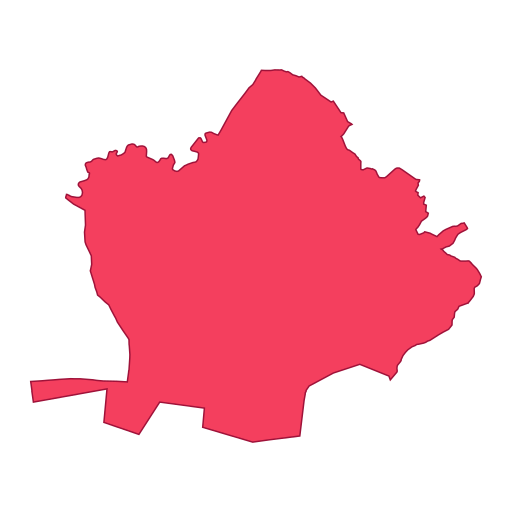 outline of Rites pag., Viesites, Latvia
{"feature_id": "27541924B10670366304681", "entity_name": "Rites pag.", "entity_type": "district", "adm_level": 2, "iso_a3": "LVA", "parent_name": "Latvia", "parent_adm1": "Viesites", "projection": "albers", "projection_center": [25.488, 56.197], "detail": "fine", "context": "isolated", "style": "filled", "palette": "rose", "viewbox_px": 512, "rotation_deg": 0, "n_neighbors": 0, "source": "geoboundaries", "source_scale": "gbopen_adm2", "svg_char_len": 5996}
<svg xmlns="http://www.w3.org/2000/svg" viewBox="0 0 512 512"><path d="M390.3,379.9L396.9,372.1L397.2,371.1L396.9,368.2L397.2,366.0L397.6,365.1L400.4,361.7L400.9,360.9L401.1,360.5L401.2,359.5L402.6,356.4L402.9,355.7L403.4,355.0L405.5,352.3L407.8,349.8L412.0,346.8L415.2,345.5L416.8,344.4L418.6,344.2L423.6,343.1L425.0,342.6L426.1,342.1L427.0,341.5L427.3,341.2L429.8,340.4L431.4,339.4L438.4,334.9L443.0,332.2L448.6,329.3L452.0,325.0L452.1,321.1L452.3,319.7L454.2,317.2L454.6,313.0L455.0,311.6L457.7,309.2L459.0,306.3L467.2,303.3L467.8,303.1L468.0,303.2L468.6,302.3L469.9,300.8L473.2,296.5L474.1,294.4L474.3,293.7L474.3,291.9L474.2,289.4L474.2,288.5L474.4,288.0L474.6,287.5L474.9,287.1L475.5,286.8L477.0,286.0L477.6,285.5L479.2,283.8L479.5,283.3L480.6,279.0L481.3,276.8L479.7,273.5L477.5,269.9L476.7,268.8L476.0,268.0L473.1,265.2L472.0,264.1L471.7,263.6L470.9,262.9L471.0,262.8L469.6,261.4L469.0,261.0L468.2,260.9L465.7,261.1L461.0,261.1L460.1,260.9L457.6,259.2L455.6,258.2L454.8,257.3L450.8,255.9L450.1,255.3L449.5,255.0L447.4,254.6L447.1,254.4L445.7,253.0L443.8,251.4L442.6,249.8L442.2,249.4L441.3,249.3L441.1,249.1L442.5,248.8L446.1,246.9L449.3,246.1L453.0,243.3L454.7,240.2L455.5,238.2L456.7,236.2L457.9,234.3L459.3,233.3L460.9,232.3L466.1,229.7L467.5,228.6L467.2,227.7L464.2,222.9L462.8,223.3L461.2,223.4L457.5,226.0L455.8,226.3L454.4,226.2L452.7,226.4L445.9,229.4L443.2,230.9L438.8,234.7L437.0,236.6L431.7,234.1L430.1,233.2L424.7,231.8L423.8,232.8L419.6,234.5L418.1,234.3L415.8,229.6L416.4,228.7L417.8,227.3L419.5,224.8L421.4,221.2L425.8,218.0L426.8,217.1L427.6,216.1L428.3,213.2L425.7,211.6L426.3,205.2L423.7,204.1L423.7,202.3L424.1,201.1L425.1,197.5L423.9,196.1L420.5,197.8L417.8,195.2L418.1,192.6L416.5,191.9L415.5,191.0L416.2,189.3L418.4,185.2L418.1,183.8L418.1,182.9L419.3,181.5L419.6,180.3L419.6,179.8L415.9,179.4L402.2,169.8L399.4,168.1L397.7,168.0L396.4,168.2L394.9,169.1L386.6,176.6L384.8,177.8L382.3,177.8L379.6,177.6L378.8,177.0L377.1,174.0L376.6,172.6L375.9,171.1L375.5,170.5L374.5,169.8L372.4,168.8L372.1,169.0L371.6,169.0L370.3,168.5L367.2,168.0L366.7,168.1L363.0,169.9L361.1,169.5L360.8,169.0L360.8,163.3L360.9,161.7L360.8,161.3L360.3,160.7L358.8,159.4L358.2,158.7L358.1,157.8L356.5,156.5L354.9,154.0L352.8,152.7L349.6,150.4L349.3,150.2L348.1,149.9L347.3,149.4L346.6,148.6L346.4,148.3L345.6,146.7L345.3,146.1L342.7,139.4L341.5,136.9L341.0,136.6L341.7,135.9L342.8,134.9L343.8,133.8L348.2,126.8L348.8,126.0L349.5,125.5L352.0,124.4L351.5,123.9L347.6,121.6L343.7,112.9L341.0,112.7L333.3,101.1L331.1,102.0L320.9,95.2L315.4,88.0L310.5,83.1L305.0,79.0L303.5,77.6L302.6,77.4L301.8,76.3L300.3,76.7L299.0,77.0L295.9,75.7L292.7,74.8L289.9,72.7L288.1,71.7L287.6,71.6L286.5,71.9L283.9,71.0L281.7,69.9L281.0,69.9L279.9,70.0L274.7,69.9L272.2,70.3L270.4,70.5L265.4,70.5L261.4,70.3L260.6,71.8L256.1,79.0L255.5,80.3L255.1,80.9L252.8,84.6L249.1,87.7L244.9,93.4L236.1,104.7L231.7,110.5L221.0,130.2L218.1,135.1L216.7,134.7L213.9,133.6L211.5,132.3L209.6,132.1L206.0,133.1L205.3,133.5L205.1,134.0L205.0,135.0L205.1,135.4L206.9,140.1L206.9,140.9L206.7,141.4L206.5,141.9L205.8,142.2L203.7,142.5L203.1,142.4L202.7,142.0L202.4,141.6L200.9,138.4L200.4,137.9L198.9,137.8L198.3,138.3L191.2,147.3L190.7,148.4L190.7,149.2L190.9,149.7L191.9,150.6L193.1,151.0L194.2,151.2L197.0,152.0L197.7,152.4L198.5,153.2L198.6,153.9L198.3,157.0L198.0,159.2L197.2,160.5L196.2,161.7L195.3,162.1L193.0,162.5L188.0,164.2L186.2,165.1L184.5,165.8L178.5,171.0L176.9,171.4L174.7,170.9L172.7,169.6L172.4,168.8L172.8,167.0L173.4,165.0L174.7,162.9L174.9,162.2L174.4,160.1L172.8,155.9L171.5,154.4L171.1,154.3L170.2,154.5L169.6,155.2L168.2,157.8L167.2,158.4L166.3,158.6L163.4,158.2L161.6,158.3L160.7,158.8L160.0,160.1L158.9,161.6L158.0,162.3L157.1,162.5L156.4,162.3L153.7,160.1L152.4,159.4L147.3,157.2L146.5,156.7L146.3,156.2L146.6,151.9L146.6,151.0L146.5,149.4L146.1,148.3L145.5,147.4L144.3,146.5L142.5,146.0L141.2,146.0L138.9,146.3L138.1,146.8L137.1,147.0L136.6,146.8L134.9,144.9L134.2,144.4L133.5,144.2L132.6,144.0L131.3,144.1L130.3,144.5L128.9,144.8L128.1,145.2L127.2,146.2L126.6,147.3L125.5,150.6L125.2,151.7L124.7,152.6L123.1,153.8L122.0,154.5L120.7,155.2L120.1,155.2L117.7,156.0L117.3,155.6L116.8,155.3L116.2,154.2L116.2,153.8L117.1,152.2L117.3,151.3L116.9,150.9L116.4,150.6L115.4,150.4L114.8,150.6L113.7,151.2L113.0,151.6L112.2,151.9L110.5,151.6L109.6,151.7L109.2,152.3L108.8,153.1L108.0,156.2L107.7,157.3L106.7,159.1L105.9,159.6L105.3,159.7L103.0,159.3L101.9,158.8L99.7,158.2L98.6,158.0L96.8,158.3L93.6,159.3L93.0,159.7L91.5,161.3L90.6,161.8L89.8,162.1L88.6,162.1L87.8,162.3L86.4,162.8L85.9,163.2L85.5,163.8L85.3,164.6L85.3,165.2L86.3,167.7L86.6,169.0L87.1,170.4L87.7,171.9L88.0,172.3L88.4,172.5L89.3,172.8L89.5,173.1L89.4,174.2L89.0,174.9L89.1,175.8L88.8,177.3L88.2,178.4L87.7,179.1L86.7,179.8L84.4,180.7L79.9,182.0L79.4,182.4L78.6,183.3L78.4,183.9L78.3,184.4L78.3,184.9L78.4,185.3L78.8,186.0L79.4,186.7L81.2,188.5L81.9,189.8L82.2,190.7L82.5,192.6L82.1,194.7L81.8,195.4L80.9,196.5L79.8,197.2L78.9,197.4L76.7,197.4L71.6,196.6L70.1,196.0L69.3,195.4L68.6,195.3L67.7,194.6L66.5,194.4L66.4,195.0L65.7,197.3L65.9,198.1L73.6,204.1L85.0,210.3L85.5,225.1L84.5,232.1L85.0,240.4L85.1,241.9L86.0,244.7L87.4,247.6L89.2,251.3L91.3,255.8L91.7,264.4L90.4,270.6L90.3,270.8L94.5,284.3L95.1,287.4L95.4,288.2L96.8,292.0L97.6,295.1L99.8,296.8L105.2,302.0L108.8,304.9L110.8,309.1L114.6,316.3L115.7,318.2L117.4,322.1L123.2,330.9L128.1,338.0L129.0,339.6L129.1,344.3L129.3,345.9L129.9,354.6L129.8,358.0L129.0,369.9L128.7,371.0L128.6,372.3L127.3,381.9L116.8,381.3L103.3,381.0L96.7,380.4L92.8,379.8L80.0,378.8L74.0,378.8L70.8,378.7L59.2,379.4L53.5,379.9L47.6,380.3L41.8,380.8L30.7,381.5L31.9,390.2L31.9,391.5L32.1,392.9L32.7,397.1L33.4,402.1L107.0,388.9L103.9,422.4L138.9,434.4L159.7,402.1L204.4,408.1L202.7,427.3L252.7,442.1L269.3,439.8L299.8,436.0L304.1,400.3L305.2,394.3L305.3,392.7L306.0,391.6L306.1,391.0L306.1,390.4L309.1,386.0L333.4,373.0L359.8,364.3L386.8,375.2L388.9,376.0L390.3,379.9Z" fill="#f43f5e" stroke="#9f1239" stroke-width="1.5"/></svg>